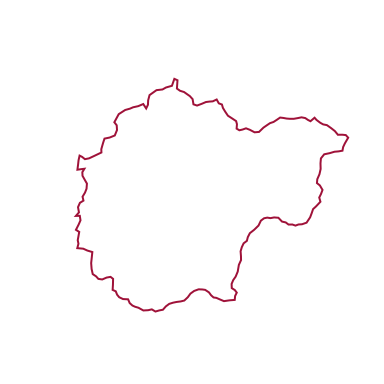 Jacutinga, Minas Gerais, Brazil, rotated 31°
{"feature_id": "56859067B357432124810", "entity_name": "Jacutinga", "entity_type": "district", "adm_level": 2, "iso_a3": "BRA", "parent_name": "Brazil", "parent_adm1": "Minas Gerais", "projection": "equal_earth", "projection_center": [-46.595, -22.286], "detail": "fine", "context": "isolated", "style": "outline", "palette": "rose", "viewbox_px": 384, "rotation_deg": 31, "n_neighbors": 0, "source": "geoboundaries", "source_scale": "gbopen_adm2", "svg_char_len": 2696}
<svg xmlns="http://www.w3.org/2000/svg" viewBox="0 0 384 384"><g transform="rotate(31 192 192)"><path d="M118.6,104.1L120.1,111.3L115.9,115.8L113.9,119.3L109.1,123.0L105.7,130.8L107.2,136.0L109.3,139.9L109.7,144.0L104.9,141.7L101.7,146.1L97.9,149.7L95.9,152.5L92.5,156.1L89.1,163.0L89.5,172.2L93.1,173.6L95.8,177.5L96.7,183.3L93.4,187.7L89.5,191.3L90.5,195.7L92.2,202.0L94.0,204.8L89.5,211.6L86.4,216.2L83.3,219.0L79.7,218.5L76.9,218.7L78.4,223.2L80.2,227.1L82.3,231.9L85.0,229.7L87.8,227.5L87.8,231.5L89.8,234.5L94.0,236.9L97.6,238.9L99.9,243.5L100.6,247.6L100.6,252.4L103.4,255.3L101.5,259.0L102.1,263.7L105.6,267.7L104.8,272.3L108.1,270.2L111.0,273.7L111.6,278.3L112.0,284.2L115.9,284.3L118.9,292.2L121.3,294.8L122.6,299.2L128.0,296.6L132.4,296.1L137.5,294.8L139.6,299.3L142.2,304.9L145.6,309.7L149.2,313.5L153.2,313.7L156.5,314.7L160.1,313.2L162.9,309.3L165.9,306.7L169.1,307.1L172.1,312.4L174.4,316.8L177.8,316.4L180.7,318.6L183.8,319.7L188.0,319.3L192.5,316.9L195.8,319.3L199.4,320.0L202.2,319.7L205.7,318.8L211.3,318.6L215.3,315.9L218.0,313.3L222.2,313.3L225.0,310.3L227.7,307.9L228.5,303.5L230.1,299.6L232.8,296.6L235.4,294.2L238.7,291.6L241.3,289.0L242.6,284.4L243.0,279.9L244.8,275.7L247.8,272.0L251.1,270.2L253.7,269.1L258.2,269.3L261.6,270.7L264.8,271.3L267.4,270.2L270.6,269.8L275.6,269.1L280.0,265.5L284.2,262.5L282.5,258.9L282.2,255.2L279.2,254.0L275.6,253.9L273.3,250.4L272.7,246.3L273.0,242.1L272.2,236.7L269.7,230.3L269.1,225.1L267.1,221.9L264.2,217.8L263.1,213.6L262.7,209.4L264.2,205.6L263.1,202.0L262.8,197.5L264.7,192.5L266.3,186.5L265.8,181.1L267.3,177.4L269.7,175.2L272.7,174.0L275.5,171.5L279.3,169.6L284.4,171.0L288.0,169.8L291.5,170.2L294.7,168.2L298.0,167.5L300.0,165.0L302.9,163.0L306.0,159.3L306.3,152.9L305.5,148.5L304.6,144.3L305.7,140.6L307.1,134.2L303.9,131.2L303.6,127.3L302.8,123.0L298.2,120.5L294.5,120.0L292.8,116.5L292.1,111.1L290.4,106.0L287.4,101.3L285.2,96.8L285.9,91.6L290.0,87.8L293.4,84.1L296.7,81.7L299.7,79.1L298.4,75.6L298.0,71.6L297.9,65.0L294.5,64.0L291.1,65.6L287.6,67.8L283.1,66.2L278.4,65.6L273.2,65.2L269.6,66.5L266.3,66.6L261.6,66.1L258.8,65.2L257.1,70.3L254.3,70.5L251.0,70.3L247.4,71.6L244.7,74.1L241.7,76.7L238.5,78.7L235.3,80.3L232.1,81.5L229.2,82.8L227.5,86.5L225.8,90.0L223.4,92.8L222.0,95.8L220.1,100.0L218.5,106.0L214.9,108.6L209.5,108.9L205.5,109.6L203.1,112.5L200.8,114.7L197.6,114.7L195.6,110.7L193.3,108.5L189.1,108.3L183.5,108.1L179.0,106.0L175.2,104.0L172.6,101.6L169.3,102.2L165.5,100.0L163.1,103.6L160.4,105.5L157.6,107.7L155.0,111.3L151.8,115.3L148.1,116.1L144.7,112.1L140.7,110.9L137.6,110.7L133.7,110.4L129.6,111.4L125.8,111.1L123.6,106.8L122.0,103.7L118.6,104.1Z" fill="none" stroke="#9f1239" stroke-width="2"/></g></svg>